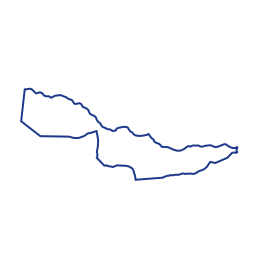 St Lawrence, Anse-la-Raye, Saint Lucia, rotated 169°
{"feature_id": "8701671B18704050053031", "entity_name": "St Lawrence", "entity_type": "district", "adm_level": 2, "iso_a3": "LCA", "parent_name": "Saint Lucia", "parent_adm1": "Anse-la-Raye", "projection": "robinson", "projection_center": [-61.027, 13.938], "detail": "fine", "context": "isolated", "style": "outline", "palette": "blue", "viewbox_px": 256, "rotation_deg": 169, "n_neighbors": 0, "source": "geoboundaries", "source_scale": "gbopen_adm2", "svg_char_len": 5757}
<svg xmlns="http://www.w3.org/2000/svg" viewBox="0 0 256 256"><g transform="rotate(169 128 128)"><path d="M191.4,173.4L192.1,173.5L192.4,173.5L193.0,173.5L193.3,173.5L193.6,173.5L194.1,173.4L194.7,173.2L195.2,173.1L195.7,172.9L196.3,172.8L196.9,172.5L197.2,172.4L198.4,172.9L198.6,173.2L198.8,173.4L199.0,173.7L199.3,174.0L199.5,174.2L199.8,174.2L200.3,174.3L200.6,174.3L201.1,174.5L201.5,174.6L202.0,174.8L202.3,174.9L202.5,175.0L202.8,175.1L203.1,175.1L203.3,175.2L203.8,175.5L204.0,175.7L204.1,175.9L204.2,176.0L204.4,176.2L204.5,176.4L204.7,176.8L204.8,177.1L205.0,177.4L205.2,177.6L205.3,177.9L205.4,178.1L205.6,178.3L205.7,178.6L206.0,178.8L206.1,179.0L206.4,179.2L206.5,179.2L206.7,179.4L206.9,179.5L207.3,179.7L207.9,179.8L208.3,179.8L208.9,179.7L209.8,179.7L210.3,179.7L210.7,179.6L210.9,179.5L211.1,179.5L211.9,179.7L212.1,179.9L212.7,181.0L213.2,181.7L213.5,182.1L214.1,183.0L214.6,183.7L215.1,184.3L215.4,184.6L215.6,184.8L216.0,184.9L216.5,185.1L216.9,185.3L217.4,185.3L217.8,185.3L218.0,185.4L218.3,185.4L218.9,185.4L219.2,185.4L219.7,185.3L219.9,185.3L220.1,185.4L220.4,185.4L220.7,185.5L221.1,185.6L221.4,185.6L221.9,185.6L222.1,185.3L231.6,155.0L215.6,136.7L187.7,130.8L187.0,130.5L185.6,129.8L184.7,129.3L183.9,129.0L183.7,128.9L183.4,128.8L183.1,128.6L182.6,128.5L181.9,128.3L180.7,128.1L179.4,127.8L177.6,127.7L176.4,127.8L175.6,128.1L174.3,128.2L173.5,128.3L171.6,128.9L170.5,129.3L169.6,130.0L168.6,130.3L167.2,130.4L166.0,130.3L164.9,130.4L163.8,130.4L162.9,130.6L161.8,130.9L160.7,130.9L159.4,130.9L159.4,130.6L159.5,130.3L159.6,129.3L159.5,128.2L159.5,126.4L159.5,124.8L159.6,123.0L159.7,121.7L159.8,120.6L160.1,119.7L160.4,118.9L160.6,117.8L160.9,116.4L161.2,115.5L161.7,114.2L162.2,112.8L162.9,111.1L163.1,110.4L163.1,109.9L163.0,108.9L163.0,108.5L163.2,107.9L163.4,106.6L163.7,105.7L163.8,104.8L163.7,104.0L163.9,104.0L158.4,95.6L157.7,95.4L157.1,95.5L156.3,95.5L155.6,95.0L155.3,94.7L154.9,94.5L154.5,94.3L154.0,94.1L153.4,93.9L152.5,93.6L152.0,93.4L151.3,93.1L150.7,92.8L150.2,92.6L149.5,92.7L148.8,92.9L147.4,93.2L146.3,93.3L145.1,93.3L144.3,93.1L143.2,92.7L142.4,92.5L141.4,92.3L140.5,92.1L139.7,91.8L139.0,91.7L138.6,91.6L138.0,91.5L136.3,90.9L135.5,90.5L134.5,90.1L133.8,89.6L133.5,89.2L132.4,88.3L131.8,87.7L131.3,87.0L130.9,85.7L130.8,85.2L130.6,84.1L130.6,82.9L130.5,82.2L130.4,81.2L130.3,80.3L130.3,79.4L130.3,78.1L130.3,76.8L130.4,75.8L130.2,75.8L130.1,75.7L103.2,72.6L102.3,73.0L98.8,73.6L96.8,73.4L95.9,73.6L95.4,73.6L94.3,73.4L93.0,73.0L90.8,73.1L89.6,73.0L88.3,72.6L88.2,72.6L87.4,72.4L86.5,72.5L83.5,72.9L82.4,72.8L81.1,72.1L80.2,72.0L78.5,71.9L76.6,71.5L75.1,71.3L73.8,70.8L72.5,70.5L71.5,70.4L70.6,70.6L69.6,70.9L67.9,71.6L66.6,72.1L65.1,72.3L63.9,72.4L63.0,72.5L62.0,72.8L60.7,73.3L59.4,74.0L58.3,74.6L57.1,75.7L56.1,76.7L55.0,77.8L54.1,78.6L53.7,79.0L49.0,77.0L36.1,79.8L32.3,82.5L30.7,83.7L29.2,83.8L26.3,83.0L25.5,83.4L25.4,83.5L25.6,83.7L25.7,84.3L25.8,84.7L25.8,85.5L24.9,87.1L24.6,87.7L24.4,88.0L24.7,88.5L25.5,88.2L26.5,87.9L27.8,88.1L29.3,88.5L31.1,89.6L32.5,90.7L33.6,91.6L34.3,92.6L35.0,93.2L35.5,93.5L36.5,93.7L38.5,93.4L40.9,92.9L42.4,92.6L43.5,92.6L44.7,92.4L45.7,92.5L46.9,93.1L47.8,93.7L48.5,94.2L49.1,94.6L49.5,94.9L49.7,95.0L49.8,95.1L52.0,95.6L52.8,95.6L53.3,95.6L54.1,95.6L54.5,95.7L54.8,95.7L55.1,95.8L55.5,95.8L56.2,95.8L57.0,95.6L57.7,95.5L58.6,95.6L59.4,95.7L59.9,95.8L60.4,96.0L61.0,96.4L61.4,96.8L61.6,97.0L61.9,97.3L62.3,97.4L63.1,97.5L63.9,97.6L64.4,97.7L65.6,98.0L66.7,98.2L67.7,98.4L68.8,98.3L69.5,98.0L69.8,97.8L70.2,97.8L70.8,98.0L71.2,98.3L71.6,98.6L72.2,98.7L73.1,98.5L73.9,98.1L75.1,97.6L76.2,97.0L77.5,96.5L79.0,96.2L80.3,95.8L81.3,95.9L82.8,96.0L83.8,96.3L85.0,96.7L85.9,97.3L87.1,97.9L88.0,98.4L89.7,99.6L89.8,99.7L90.5,100.2L91.5,100.9L92.2,101.4L92.8,101.7L93.5,101.7L94.1,101.9L94.9,102.3L95.6,102.4L96.5,102.6L97.2,102.7L97.7,102.8L98.2,103.1L98.6,103.3L98.7,103.7L99.0,104.3L99.2,104.8L99.6,105.2L100.0,105.8L100.5,106.4L101.0,106.9L101.6,107.2L102.2,107.5L103.3,108.2L103.8,108.7L104.3,109.2L104.7,109.6L104.9,110.0L104.9,110.3L104.9,110.9L105.0,111.3L105.2,111.8L105.8,112.4L106.3,113.1L106.8,113.7L107.3,114.4L107.7,115.2L108.1,116.1L108.5,117.1L108.8,117.7L108.9,118.0L109.0,118.2L109.7,118.0L110.5,117.8L111.4,117.6L112.5,117.7L113.7,117.6L114.7,117.7L115.4,117.7L116.1,117.7L117.1,118.0L117.8,118.0L118.3,118.0L119.3,118.2L120.3,118.7L121.3,119.0L122.2,119.4L122.9,120.0L123.4,120.5L123.9,121.3L124.2,121.8L124.5,122.5L125.2,123.2L125.6,123.5L126.0,123.9L126.1,124.0L126.6,124.7L127.3,126.1L127.6,126.9L128.0,128.1L128.2,128.4L128.4,128.6L128.5,128.8L128.8,129.0L129.4,129.3L130.3,129.6L131.2,129.8L132.4,130.0L133.2,130.0L134.2,130.0L135.0,130.0L135.7,130.0L136.7,130.0L138.5,129.8L139.1,129.5L139.6,129.2L140.0,128.5L140.3,128.0L143.5,127.9L144.2,128.4L145.0,129.3L146.0,130.1L146.8,130.2L147.4,130.4L148.7,131.1L149.9,132.1L150.1,132.0L151.4,133.1L152.6,133.8L153.2,134.6L153.8,136.0L154.1,137.0L154.4,137.6L154.9,138.6L155.8,139.5L156.2,139.8L156.5,140.6L157.0,141.8L157.2,142.7L157.3,143.5L157.5,144.3L157.8,145.1L158.7,146.1L160.1,147.2L161.4,148.1L162.2,148.7L162.7,149.6L163.1,150.6L163.2,151.6L163.4,152.4L163.7,153.5L164.3,154.2L165.2,155.2L166.4,156.1L167.4,156.7L168.1,157.1L168.4,157.4L168.6,158.4L168.7,158.8L169.1,159.7L169.4,160.4L170.5,161.4L171.3,161.7L172.1,161.6L173.2,161.6L174.2,161.5L175.1,161.7L175.8,162.0L176.3,162.7L176.7,163.6L177.1,164.6L177.3,165.5L177.7,165.9L178.6,166.7L179.5,167.2L180.3,167.6L181.2,168.2L181.8,168.9L183.1,170.2L183.4,170.4L184.2,170.8L184.6,171.0L184.9,171.2L185.2,171.4L185.6,171.7L186.2,172.1L186.4,172.3L186.9,172.6L187.2,172.7L187.8,173.0L188.3,173.2L188.6,173.3L189.0,173.2L189.3,173.3L189.9,173.3L190.2,173.4L190.5,173.4L190.9,173.4L191.4,173.4Z" fill="none" stroke="#1e3a8a" stroke-width="2"/></g></svg>